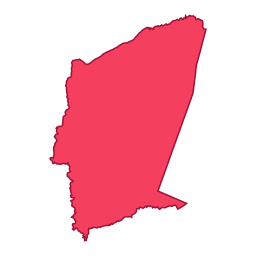 Dom Aquino, Mato Grosso, Brazil (Natural Earth projection)
{"feature_id": "56859067B91387591402310", "entity_name": "Dom Aquino", "entity_type": "district", "adm_level": 2, "iso_a3": "BRA", "parent_name": "Brazil", "parent_adm1": "Mato Grosso", "projection": "natural_earth1", "projection_center": [-54.834, -15.673], "detail": "fine", "context": "isolated", "style": "filled", "palette": "rose", "viewbox_px": 256, "rotation_deg": 0, "n_neighbors": 0, "source": "geoboundaries", "source_scale": "gbopen_adm2", "svg_char_len": 4889}
<svg xmlns="http://www.w3.org/2000/svg" viewBox="0 0 256 256"><path d="M149.6,28.1L148.5,27.7L147.4,27.4L146.1,28.0L144.9,28.6L143.8,29.2L142.9,29.9L141.8,30.8L140.6,32.1L139.3,32.9L138.2,34.4L137.3,35.5L136.5,36.1L135.7,37.0L135.0,37.8L134.4,38.9L133.3,39.9L132.0,40.5L130.8,41.0L130.0,41.4L129.0,41.9L128.0,42.4L126.8,42.8L125.5,43.0L124.2,43.1L123.2,43.3L121.4,44.3L120.2,45.0L118.9,45.8L117.3,47.1L116.1,47.7L114.6,48.4L113.6,48.9L112.8,49.6L111.7,50.0L110.7,50.2L109.9,50.7L108.9,51.2L107.9,51.6L105.7,52.7L104.3,53.5L103.1,54.0L101.4,55.9L99.7,56.9L98.5,57.9L97.2,58.3L96.2,58.6L95.3,59.2L94.5,59.8L92.9,60.8L91.9,61.8L90.7,62.8L89.6,63.5L88.5,64.0L87.4,64.3L86.1,64.3L84.7,63.6L84.0,62.4L79.5,59.2L78.5,59.7L76.9,59.7L75.6,60.0L74.1,60.5L72.9,60.5L71.6,62.6L72.1,64.3L72.2,65.3L71.9,66.8L71.5,68.4L71.5,70.0L71.8,71.2L71.3,72.8L71.3,74.0L71.4,75.2L71.3,76.5L70.6,77.3L69.1,77.4L67.8,78.4L67.5,79.7L66.9,80.5L66.4,81.4L66.6,82.8L66.1,84.4L65.7,85.8L66.4,87.1L66.5,88.2L66.4,89.3L66.6,90.9L66.7,92.1L67.0,93.5L67.5,94.9L66.8,96.3L67.1,97.8L68.3,98.7L68.0,99.7L67.6,101.0L68.1,101.9L68.3,103.6L68.0,105.2L69.0,105.9L69.3,107.5L68.7,108.7L67.8,109.4L66.4,109.9L65.9,110.8L65.3,111.7L65.2,113.0L65.9,114.7L64.6,115.8L63.5,116.3L63.1,117.8L63.2,119.1L62.8,120.5L62.9,122.1L62.5,123.7L62.6,124.9L62.1,125.8L60.4,126.5L58.8,126.3L57.8,127.0L56.8,127.3L56.2,128.1L57.1,128.5L56.5,129.9L56.6,131.2L57.2,132.8L58.0,133.9L56.9,134.0L55.9,134.4L55.1,135.5L54.4,136.7L55.1,137.8L56.2,138.9L56.7,140.2L56.5,141.6L55.4,142.6L54.8,143.9L54.7,145.0L54.6,146.1L53.8,146.8L53.6,148.1L53.5,149.5L54.0,151.3L54.0,152.7L54.0,154.0L54.2,155.1L53.5,156.5L53.2,158.1L52.0,157.7L50.8,157.6L50.1,158.2L50.4,159.6L51.4,160.3L52.4,161.2L52.5,162.6L53.1,163.6L54.0,163.4L54.6,162.4L55.7,163.0L56.8,163.9L58.2,164.1L59.2,163.8L60.4,164.4L61.6,164.1L62.8,163.4L64.2,163.4L65.6,164.1L66.8,163.4L68.0,162.9L67.7,164.6L69.1,165.3L69.8,166.8L69.3,168.8L69.6,170.2L70.4,171.5L69.6,172.2L68.6,172.5L67.6,173.0L67.2,174.7L67.3,176.2L68.4,177.0L69.7,178.4L70.6,179.5L71.8,180.4L73.0,180.6L72.9,181.7L71.7,182.0L70.8,182.7L70.1,184.1L70.6,186.0L70.7,187.7L69.7,188.2L70.5,189.5L70.5,190.8L71.0,191.9L71.2,193.4L71.8,195.0L70.6,195.5L71.1,197.2L72.3,197.7L73.2,197.7L74.2,197.7L73.9,198.8L72.9,200.0L71.7,200.3L70.7,200.9L71.8,201.8L72.1,203.2L72.1,204.3L71.7,205.3L72.2,206.2L73.3,207.0L74.7,207.6L74.7,208.8L75.4,209.4L74.6,210.9L74.8,212.3L75.8,212.3L75.3,213.6L74.2,214.4L73.5,215.1L73.4,216.2L72.2,216.3L71.6,217.3L72.8,217.5L74.0,218.4L74.6,219.9L75.8,220.7L75.5,222.1L75.2,223.4L74.3,223.9L72.9,223.7L72.4,225.2L73.3,226.8L73.4,228.3L72.5,229.0L73.8,230.1L74.8,229.4L75.7,228.1L76.9,228.5L77.8,229.3L78.1,230.7L79.4,231.4L81.1,232.9L82.4,233.2L83.3,233.5L83.7,234.5L83.0,235.5L83.5,236.8L84.4,236.5L85.2,237.1L83.9,237.8L84.7,238.9L84.7,240.6L86.3,240.4L86.5,238.9L87.3,237.2L87.0,235.1L88.3,234.2L88.7,232.6L88.6,231.1L88.5,229.8L88.7,228.4L90.0,228.9L90.9,228.1L91.9,228.3L93.2,227.5L94.7,227.4L96.1,227.6L97.1,228.0L98.1,227.2L99.2,227.0L100.2,227.4L101.4,226.7L102.6,226.2L104.4,225.8L105.7,225.6L107.3,225.5L108.5,225.5L109.2,224.6L109.9,225.2L110.9,224.4L111.5,223.6L112.6,224.3L113.5,223.4L114.9,222.6L116.0,222.3L117.1,220.9L118.3,221.4L119.3,221.1L120.9,220.4L122.3,219.4L123.0,218.7L123.7,217.7L125.0,217.0L126.6,216.6L127.8,216.9L129.3,216.7L130.5,216.7L131.7,217.3L131.7,215.7L132.5,214.8L133.5,214.1L134.9,213.4L135.9,212.3L136.5,210.5L136.6,208.8L138.0,208.5L139.1,208.9L139.7,207.3L140.8,207.2L142.3,208.1L143.3,208.1L144.5,207.4L145.9,206.1L146.5,207.2L147.5,206.6L148.1,205.8L149.3,206.2L150.2,206.0L151.3,206.6L152.4,206.9L152.8,207.8L154.0,207.1L155.1,207.8L156.6,207.4L157.5,206.8L158.5,208.4L159.7,209.3L161.7,207.7L162.9,207.4L164.0,207.7L165.2,207.7L167.5,206.7L170.0,205.7L171.6,206.3L172.7,206.0L174.0,205.3L175.8,205.4L177.9,209.1L184.0,205.4L186.6,203.4L157.9,191.0L159.6,186.3L168.4,161.9L169.2,159.5L176.8,138.3L185.8,113.2L190.3,100.8L192.8,93.7L193.1,92.0L193.4,90.2L195.6,72.5L195.9,69.1L196.3,65.7L198.3,58.2L198.7,56.7L199.1,55.2L200.0,52.2L201.3,47.0L203.5,38.7L205.1,32.8L205.9,29.2L204.3,29.4L203.4,28.2L202.3,26.0L203.0,25.2L202.8,24.0L202.8,22.3L202.3,20.7L200.6,20.0L199.2,19.2L198.1,18.6L196.5,19.7L195.7,19.2L195.6,17.3L194.3,16.9L193.2,15.8L192.2,16.2L191.1,16.1L189.9,15.4L189.1,15.8L188.0,16.6L186.9,17.6L186.1,16.7L185.6,15.8L185.3,16.9L185.4,18.4L183.8,18.1L183.1,19.5L182.2,19.2L181.2,18.0L179.9,18.5L179.6,19.8L178.5,20.3L177.5,19.5L176.4,20.0L175.2,20.6L173.5,20.6L172.3,21.4L171.4,22.4L170.5,23.0L170.0,24.0L168.5,24.2L167.2,25.0L166.1,23.9L165.0,24.8L163.7,25.4L162.4,25.7L161.7,24.9L160.6,25.7L159.5,26.6L158.3,25.8L156.8,26.2L155.2,26.5L154.1,27.4L153.4,28.0L153.5,29.0L152.4,29.1L151.6,28.2L150.6,28.4L149.6,28.1ZM149.6,28.1L149.5,29.5L148.8,28.7L149.6,28.1ZM83.9,237.8L83.5,236.8L82.9,237.6L83.9,237.8Z" fill="#f43f5e" stroke="#9f1239" stroke-width="1.5"/></svg>